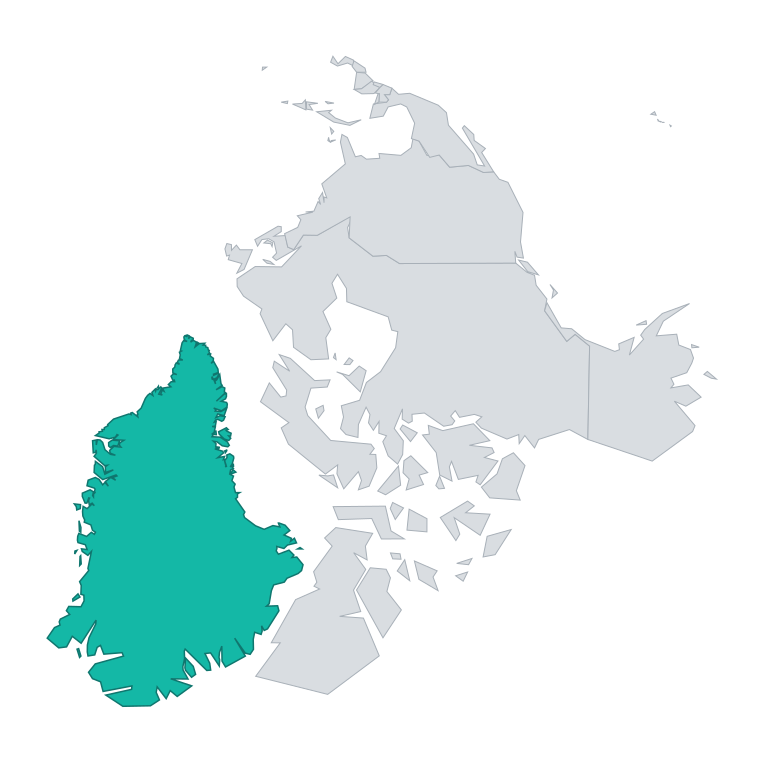 North America, with Greenland highlighted, rotated 181°
{"feature_id": "GRL", "entity_name": "Greenland", "entity_type": "country or territory", "adm_level": 0, "iso_a3": "GRL", "parent_name": "North America", "parent_adm1": "", "projection": "mercator", "projection_center": [-41.68, 71.708], "detail": "fine", "context": "in_parent", "style": "filled", "palette": "teal", "viewbox_px": 768, "rotation_deg": 181, "n_neighbors": 17, "source": "natural_earth", "source_scale": "50m", "svg_char_len": 14351}
<svg xmlns="http://www.w3.org/2000/svg" viewBox="0 0 768 768"><g transform="rotate(181 384 384)"><path d="M254.4,507.2L242.9,498.1L235.4,495.4L233.6,485.4L222.6,471.8L224.7,460.0L202.0,429.8L193.8,437.0L179.1,425.5L179.2,332.1L197.8,341.7L228.4,331.3L232.4,322.7L242.3,334.9L247.8,326.7L248.4,335.8L260.1,331.1L285.9,341.6L291.5,347.4L285.6,352.9L293.1,355.2L307.9,352.0L312.3,358.6L316.8,353.1L312.6,348.3L315.2,344.5L323.6,342.8L343.1,355.7L355.5,354.2L355.1,347.3L358.8,345.3L365.2,349.2L365.1,359.5L373.0,339.7L363.7,327.6L364.1,313.8L369.0,304.2L378.6,312.2L384.2,326.3L380.6,332.3L388.3,334.7L388.3,346.5L393.8,337.5L398.8,344.9L397.5,353.2L401.5,360.5L408.9,343.0L409.1,330.1L421.1,332.8L426.7,338.6L423.9,350.3L426.3,361.5L408.1,367.3L401.6,385.2L387.6,396.3L373.0,420.5L371.1,436.6L377.2,438.0L381.0,451.2L422.6,465.6L423.2,478.9L432.4,492.9L437.8,483.8L432.7,469.1L446.3,455.4L438.1,437.8L443.0,429.3L439.8,408.1L457.5,407.0L475.1,419.1L476.4,436.6L483.2,442.5L495.9,425.3L509.1,452.1L507.4,456.9L526.0,469.4L532.5,478.9L532.8,486.6L514.8,499.2L488.4,499.3L468.9,520.7L493.9,505.7L497.6,508.8L493.7,513.0L496.4,524.2L501.8,527.2L508.6,526.3L512.8,519.5L515.7,526.1L492.7,539.9L489.5,539.5L489.4,534.6L496.6,529.8L485.3,530.7L482.6,519.2L476.6,516.8L467.2,531.5L453.3,531.5L421.9,550.5L419.0,548.8L423.1,539.8L421.4,529.5L397.3,511.6L383.7,512.6L370.6,504.7L254.4,507.2ZM415.4,406.9L418.5,402.8L424.2,402.8L419.3,409.5L415.4,406.9ZM432.9,292.2L428.5,279.4L447.5,291.8L438.7,291.1L432.9,292.2ZM433.4,414.2L432.3,407.5L435.0,409.5L433.4,414.2ZM375.6,259.6L373.3,265.7L362.3,260.4L370.4,248.7L375.6,259.6ZM374.6,215.2L365.0,214.5L363.9,209.1L372.2,209.3L374.6,215.2ZM354.8,187.7L367.5,197.3L360.2,208.7L354.8,187.7ZM432.7,260.5L380.5,261.9L374.4,237.2L361.0,229.5L383.9,229.0L393.9,249.3L427.3,247.6L432.7,260.5ZM296.3,204.8L308.2,205.9L293.0,211.1L296.3,204.8ZM301.4,188.2L309.0,193.5L297.1,197.5L301.4,188.2ZM533.1,492.2L528.2,502.0L541.9,505.6L540.7,510.2L543.6,509.2L545.4,516.3L543.6,521.7L539.0,520.7L538.8,515.0L534.0,520.3L530.4,515.7L517.9,515.9L525.9,496.1L533.1,492.2ZM407.6,375.7L425.6,392.9L431.6,395.3L419.1,391.7L409.1,401.5L402.1,397.0L407.6,375.7ZM428.9,302.3L441.0,292.9L478.5,322.2L486.0,338.3L478.4,343.7L507.2,364.1L498.7,383.1L487.0,369.1L481.7,370.4L481.2,376.2L495.5,398.4L494.1,404.9L478.5,395.1L489.3,411.6L478.1,408.0L453.4,386.2L438.0,387.2L440.7,380.0L457.0,378.6L462.5,359.6L459.7,351.1L436.3,326.6L396.0,323.6L392.6,319.3L396.9,313.5L391.0,313.4L389.7,300.0L397.1,281.6L407.8,277.7L404.8,287.1L408.1,295.9L422.4,278.5L429.5,293.4L428.9,302.3ZM365.6,283.1L380.5,273.3L388.4,276.9L368.1,302.3L365.6,283.1ZM254.3,240.7L269.9,215.3L281.9,212.8L278.2,233.5L254.3,240.7ZM212.1,478.0L217.5,473.0L216.2,480.9L219.8,486.4L212.1,478.0ZM326.3,178.3L345.7,189.3L350.5,207.6L327.6,198.1L331.6,191.9L326.3,178.3ZM251.6,510.3L242.7,508.3L231.5,495.8L242.3,498.9L251.6,510.3ZM245.8,270.3L276.3,272.0L284.8,282.6L269.4,296.1L264.3,311.3L253.4,317.5L241.6,304.9L249.8,279.6L245.8,270.3ZM309.4,228.7L325.4,251.5L298.4,268.4L291.6,263.7L300.2,256.7L275.7,255.7L285.2,234.4L311.5,251.6L305.6,235.2L309.4,228.7ZM314.3,288.1L326.7,294.0L330.6,316.3L344.6,333.7L337.8,334.6L339.0,343.4L324.4,338.4L293.9,345.8L277.2,329.2L297.6,324.2L274.9,322.0L272.7,317.4L282.3,312.3L268.7,309.0L286.1,284.9L290.4,287.7L288.3,294.3L308.0,289.9L315.1,307.8L317.2,302.3L314.3,288.1ZM347.3,293.5L342.7,284.2L360.0,278.4L357.2,289.5L363.4,295.6L362.7,307.7L355.9,312.7L338.7,296.2L347.3,293.5ZM321.7,280.7L327.3,280.1L330.4,283.4L326.8,292.8L321.7,280.7ZM338.5,236.9L358.5,238.3L356.7,259.3L338.7,250.1L338.5,236.9ZM362.7,158.4L380.6,130.2L407.9,177.5L394.5,200.0L378.6,198.8L374.2,190.3L377.5,176.6L362.7,158.4ZM384.0,112.1L434.9,72.7L507.2,89.5L483.2,123.4L492.2,123.3L468.6,166.9L444.8,177.9L450.5,180.6L447.7,184.6L451.1,195.1L433.0,221.0L440.7,229.0L429.7,239.6L392.7,234.5L399.8,221.6L397.8,207.8L411.4,214.8L399.0,198.3L410.9,177.4L403.3,156.1L424.3,150.9L400.5,149.6L384.0,112.1ZM451.8,357.9L444.5,361.6L443.5,356.3L449.0,348.6L451.8,357.9ZM356.5,326.9L367.1,339.3L364.6,343.3L349.9,335.8L356.5,326.9ZM496.2,501.6L503.1,502.7L507.4,506.5L500.0,504.6L496.2,501.6ZM498.3,519.4L499.7,522.3L506.6,522.9L503.0,525.8L497.7,523.2L498.3,519.4Z" fill="#d9dde1" stroke="#a8b0b8" stroke-width="1"/><path d="M254.4,507.2L370.6,504.7L383.7,512.6L397.3,511.6L421.4,529.5L420.8,550.5L453.3,531.5L467.2,531.5L476.6,516.8L482.6,519.2L486.0,532.6L473.0,539.1L470.0,546.8L473.6,550.7L458.1,554.6L465.4,554.6L457.1,555.6L453.1,565.3L450.5,562.4L452.5,568.2L448.8,574.4L447.1,564.2L447.2,569.9L444.5,569.1L449.7,583.0L426.5,603.4L431.8,625.1L430.4,632.8L424.9,629.8L416.6,610.7L410.8,612.1L405.5,608.5L392.2,609.6L393.0,614.4L371.1,612.9L360.9,620.7L359.3,629.9L353.2,627.5L345.1,613.3L332.8,613.9L322.1,601.9L303.4,604.0L288.1,597.2L278.1,598.1L272.3,590.7L263.6,587.8L248.0,558.0L250.0,528.4L246.8,512.3L253.2,513.2L255.5,519.0L254.4,507.2ZM179.2,332.1L179.1,425.5L193.8,437.0L202.0,429.8L224.7,460.0L222.5,468.1L207.8,443.2L197.3,442.5L183.8,431.9L153.8,420.6L149.2,422.4L150.0,428.2L134.7,435.0L139.2,417.2L125.2,433.4L128.2,437.3L124.3,443.0L106.9,459.4L79.9,469.8L105.8,451.7L112.6,436.9L92.2,438.9L89.9,428.1L78.2,423.8L75.0,415.3L76.6,410.3L81.5,400.6L97.2,394.9L94.1,388.8L97.1,385.1L79.8,388.4L66.7,376.4L81.8,367.1L93.4,371.9L72.3,347.8L74.6,341.9L114.5,311.6L179.2,332.1ZM51.7,394.7L56.9,395.5L64.3,399.2L60.9,402.2L51.7,394.7ZM116.6,657.5L121.9,658.4L118.2,661.0L116.6,657.5ZM114.4,651.7L115.2,653.7L114.0,652.1L114.4,651.7ZM111.8,650.8L113.7,651.5L111.5,651.3L111.8,650.8ZM108.1,650.4L110.1,650.4L109.9,650.6L108.1,650.4ZM102.0,646.3L102.6,647.8L101.2,647.0L102.0,646.3ZM69.5,426.3L76.8,425.6L77.2,428.8L69.5,426.3ZM122.5,448.3L132.9,447.3L123.1,451.9L122.5,448.3Z" fill="#d9dde1" stroke="#a8b0b8" stroke-width="1"/><path d="M466.4,657.5L466.4,664.8L455.0,663.5L463.8,662.1L460.2,656.6L466.4,657.5Z" fill="#d9dde1" stroke="#a8b0b8" stroke-width="1"/><path d="M467.6,666.7L466.9,656.7L480.4,662.3L470.7,663.1L467.6,666.7Z" fill="#d9dde1" stroke="#a8b0b8" stroke-width="1"/><path d="M436.5,627.2L440.9,625.3L441.0,626.5L436.5,627.2ZM441.2,624.4L444.4,626.4L443.7,629.7L443.0,626.7L441.2,624.4ZM438.6,635.7L440.7,633.0L442.2,639.4L438.6,635.7Z" fill="#d9dde1" stroke="#a8b0b8" stroke-width="1"/><path d="M278.1,598.1L288.1,597.2L303.4,604.0L322.1,601.9L332.8,613.9L342.2,611.4L353.2,627.5L360.9,629.8L357.9,645.3L366.1,661.4L372.2,664.3L384.7,661.1L389.4,651.8L402.8,649.4L399.5,663.8L386.4,665.8L384.5,668.2L388.6,673.3L383.3,673.4L381.3,679.9L374.5,673.9L363.4,675.1L334.6,663.7L326.3,656.4L324.1,643.9L298.4,615.4L294.6,604.7L287.2,603.7L310.1,641.2L308.2,643.7L298.6,635.0L298.1,629.1L286.7,621.2L290.4,617.2L278.1,598.1Z" fill="#d9dde1" stroke="#a8b0b8" stroke-width="1"/><path d="M443.0,704.8L440.8,710.8L435.6,703.4L428.3,710.8L420.2,707.3L419.8,701.4L426.0,704.3L436.1,701.1L443.0,704.8Z" fill="#d9dde1" stroke="#a8b0b8" stroke-width="1"/><path d="M421.4,701.0L419.7,706.6L408.5,699.5L407.4,695.4L416.8,695.2L421.4,701.0Z" fill="#d9dde1" stroke="#a8b0b8" stroke-width="1"/><path d="M416.8,695.2L408.3,694.6L400.2,686.9L411.6,678.8L419.0,678.0L416.8,695.2Z" fill="#d9dde1" stroke="#a8b0b8" stroke-width="1"/><path d="M419.0,678.0L411.6,678.8L401.7,686.6L393.2,680.4L399.2,674.2L411.3,673.7L419.0,678.0Z" fill="#d9dde1" stroke="#a8b0b8" stroke-width="1"/><path d="M393.2,680.4L400.0,683.1L399.2,685.9L390.1,683.4L393.2,680.4Z" fill="#d9dde1" stroke="#a8b0b8" stroke-width="1"/><path d="M381.3,679.9L383.3,673.4L388.6,673.3L384.5,668.2L386.4,665.8L394.1,665.8L393.7,674.1L397.9,674.8L393.2,680.4L390.1,683.4L381.3,679.9Z" fill="#d9dde1" stroke="#a8b0b8" stroke-width="1"/><path d="M394.1,665.8L398.4,663.5L395.0,674.1L393.7,674.1L394.1,665.8Z" fill="#d9dde1" stroke="#a8b0b8" stroke-width="1"/><path d="M485.5,662.7L491.7,664.0L485.1,665.2L485.5,662.7Z" fill="#d9dde1" stroke="#a8b0b8" stroke-width="1"/><path d="M438.9,664.0L444.9,663.2L447.8,665.5L438.9,664.0Z" fill="#d9dde1" stroke="#a8b0b8" stroke-width="1"/><path d="M422.6,642.0L438.8,645.0L456.1,655.0L441.3,656.8L444.1,654.4L437.3,649.1L424.6,644.5L411.4,647.8L422.6,642.0Z" fill="#d9dde1" stroke="#a8b0b8" stroke-width="1"/><path d="M506.8,698.8L511.2,695.6L511.0,698.7L506.8,698.8Z" fill="#d9dde1" stroke="#a8b0b8" stroke-width="1"/><path d="M639.5,57.2L656.7,68.1L631.0,74.3L630.8,77.7L659.5,71.7L662.2,81.3L670.3,84.3L674.4,90.6L667.8,99.1L639.7,107.4L641.2,110.8L659.4,109.0L662.9,117.7L666.2,115.7L668.5,108.1L675.2,106.9L676.0,110.9L676.0,117.9L674.5,125.2L668.0,139.0L667.8,142.9L682.3,119.5L691.3,126.3L696.8,115.6L704.6,114.5L716.3,124.0L709.2,134.7L703.7,137.3L704.6,140.5L703.5,143.3L694.2,148.1L697.6,151.8L695.3,156.1L683.1,156.0L680.1,161.9L680.4,167.6L683.4,168.5L683.2,177.3L684.9,181.1L676.0,192.3L676.8,194.5L673.6,211.5L677.1,207.5L682.8,211.3L683.6,213.9L677.9,213.3L679.8,218.1L687.2,220.1L687.8,222.5L687.6,226.4L686.5,229.3L678.7,226.4L674.0,230.6L671.0,228.7L669.9,230.8L672.9,232.7L674.6,238.0L681.3,240.6L680.9,242.8L682.8,246.8L683.2,251.2L682.7,256.4L678.7,254.2L673.9,258.9L671.5,257.3L673.7,259.8L676.6,258.1L677.4,262.4L676.4,264.8L677.2,265.0L679.0,259.7L680.8,259.7L683.7,266.4L683.7,269.6L676.0,273.1L672.6,271.1L673.4,267.4L672.5,266.1L672.5,268.9L671.0,270.4L671.6,271.7L671.0,273.8L671.9,274.9L679.2,277.1L678.1,282.7L671.0,285.5L667.3,283.7L663.5,278.3L661.3,280.7L657.8,277.0L660.9,281.6L655.6,285.8L650.6,283.1L653.6,285.8L649.4,287.4L650.3,288.4L663.6,283.5L672.3,290.5L672.1,297.8L671.3,298.5L671.2,301.6L663.9,296.4L661.5,288.9L653.1,293.4L660.8,290.8L661.2,296.3L659.2,297.9L661.8,297.5L672.6,306.6L670.3,309.8L670.4,311.3L670.7,313.1L671.2,310.7L673.5,310.1L674.4,322.2L670.8,323.0L670.6,318.0L669.6,323.3L666.9,323.1L664.3,320.7L661.8,313.4L656.3,308.9L651.3,308.1L656.5,310.1L657.2,312.8L652.9,316.9L645.9,316.3L647.6,318.3L647.0,320.6L643.1,323.2L653.7,323.8L649.1,328.3L650.1,328.8L651.6,326.2L657.8,324.4L671.6,327.4L667.9,330.1L668.1,331.2L664.7,331.8L665.2,333.6L662.9,333.6L662.9,335.4L659.2,337.5L659.6,338.6L653.8,344.2L638.5,349.6L636.3,349.0L636.7,350.5L635.2,351.1L629.6,346.9L630.2,349.0L629.5,349.5L630.3,351.9L626.4,355.6L622.3,365.5L620.1,368.6L617.8,370.5L614.9,368.5L615.9,371.6L612.8,374.8L612.2,373.0L611.6,375.2L610.0,374.4L607.1,377.2L606.1,376.0L609.1,369.9L605.5,369.1L607.1,370.4L605.5,374.0L603.9,373.0L605.3,376.0L597.1,377.5L599.6,379.7L596.8,382.6L593.3,382.7L593.8,384.3L595.1,383.9L597.1,388.1L594.6,390.6L591.3,389.8L595.3,391.4L595.5,395.3L593.5,397.2L593.2,399.5L592.1,401.4L588.8,400.1L591.0,402.2L589.9,404.4L585.6,404.5L588.9,405.9L588.2,409.6L589.1,412.2L587.1,413.4L588.2,413.7L586.6,421.6L585.2,423.7L581.6,423.1L584.5,424.8L584.9,427.5L584.1,428.7L581.4,427.8L582.7,429.2L581.6,429.6L579.5,428.7L580.3,425.8L578.7,427.9L575.5,426.4L575.6,424.9L577.2,424.2L578.1,422.5L575.5,424.3L572.7,422.9L572.4,421.5L573.5,417.8L569.3,421.2L563.9,421.6L565.6,419.7L563.0,419.6L562.9,418.0L560.8,417.3L560.3,415.1L559.3,414.5L559.7,413.7L558.9,411.9L561.2,410.2L557.9,411.0L558.2,408.9L555.0,406.7L555.1,404.5L557.2,401.6L554.7,403.6L550.3,396.0L549.9,392.6L555.3,390.6L554.3,390.7L554.5,389.7L550.0,391.8L549.3,390.7L551.3,387.3L553.5,386.2L554.9,386.1L556.3,388.4L555.9,385.9L554.2,385.3L552.4,381.1L553.4,385.0L551.3,386.7L551.6,385.1L551.2,385.4L548.4,390.6L547.0,381.5L545.8,379.8L551.8,375.3L545.8,378.5L543.1,377.2L543.5,373.3L542.3,372.6L551.3,363.9L543.8,371.0L541.4,371.5L541.3,368.8L542.2,366.4L546.5,363.9L541.1,362.8L540.3,361.2L540.6,358.2L545.9,354.4L553.8,357.0L551.5,355.2L552.3,354.0L546.6,353.6L540.9,356.8L543.3,349.5L549.7,351.2L551.5,347.5L547.2,349.4L542.3,348.5L543.8,345.0L545.6,343.9L549.6,345.8L551.7,345.1L553.0,342.9L551.2,343.5L551.9,339.0L555.1,338.5L551.9,338.1L553.0,332.7L554.9,331.1L554.3,329.4L555.0,328.3L547.0,328.0L539.7,323.5L537.6,320.0L539.1,318.5L544.7,319.4L550.0,323.3L553.5,323.8L550.9,321.4L551.2,318.1L549.0,316.1L552.1,316.2L543.9,313.9L543.4,312.2L549.0,307.4L542.1,308.8L543.3,305.7L542.5,306.0L540.6,299.2L541.2,298.3L540.1,298.9L542.0,304.6L539.7,307.7L539.9,310.3L536.9,311.5L533.2,309.1L532.9,307.3L534.3,301.7L536.3,298.4L533.2,300.8L533.0,299.1L534.4,298.4L533.1,297.0L535.9,295.4L536.7,291.2L532.9,289.3L534.4,284.7L531.1,281.3L532.2,278.4L530.6,272.8L526.4,272.9L528.6,271.5L528.5,268.2L530.4,266.7L520.9,253.6L522.2,251.0L521.1,248.0L510.0,240.0L501.3,236.6L492.6,240.5L485.6,239.3L487.2,243.1L486.6,243.2L480.4,241.1L475.6,235.8L481.3,231.3L473.9,228.1L474.7,225.1L470.9,228.2L468.7,223.6L477.7,221.3L481.2,217.8L488.4,219.7L488.2,217.6L488.9,215.3L486.6,212.0L476.1,216.2L471.1,211.4L473.0,208.9L468.2,209.5L461.8,201.9L463.2,196.0L466.6,193.0L477.6,188.1L480.2,184.2L490.8,181.2L493.0,175.3L495.0,162.2L497.6,159.8L486.5,160.4L485.1,155.4L496.2,137.1L499.5,135.5L502.2,140.1L501.5,134.9L502.5,131.5L509.0,133.5L510.3,126.3L509.9,116.4L513.1,111.4L517.9,112.4L528.9,127.3L517.9,109.5L537.5,98.3L541.1,104.1L541.6,119.1L543.8,112.8L544.2,107.8L543.5,105.4L543.8,99.2L552.7,112.1L558.3,111.4L553.4,101.8L552.3,94.9L556.2,94.5L578.2,115.5L579.0,113.5L578.6,105.9L580.2,97.8L579.9,94.5L574.8,85.6L592.1,85.5L571.0,78.8L585.3,68.0L592.4,73.7L596.3,65.6L605.5,77.2L606.4,71.7L603.0,64.2L611.9,58.2L639.5,57.2ZM542.7,326.2L547.9,331.0L548.5,333.4L540.8,337.5L539.0,335.8L541.2,335.1L540.5,334.2L536.0,332.1L536.5,329.3L538.4,329.4L536.3,327.1L538.2,324.8L542.7,326.2ZM658.2,317.2L658.3,320.6L654.9,323.1L647.4,322.7L649.1,317.3L653.3,317.8L656.6,315.7L658.2,317.2ZM577.6,106.5L569.8,98.4L567.3,90.4L571.3,87.4L577.4,94.2L578.1,96.7L577.6,106.5ZM691.5,163.6L686.3,168.8L684.3,165.7L691.2,161.5L691.5,163.6ZM689.0,252.7L689.5,256.0L691.5,258.7L685.3,258.1L685.5,254.1L689.0,252.7ZM686.6,242.0L684.5,235.2L684.6,230.5L686.0,231.5L686.6,242.0ZM535.6,292.3L533.3,295.5L530.6,293.3L534.8,291.6L535.6,292.3ZM686.3,113.5L684.7,114.1L682.3,106.7L683.6,105.3L686.3,113.5ZM552.2,334.0L551.2,334.0L550.8,330.4L553.5,330.5L552.2,334.0ZM684.9,206.3L684.3,207.0L683.6,198.8L685.1,197.2L684.9,206.3ZM467.5,217.6L465.1,219.0L463.1,217.7L467.5,217.6ZM542.1,314.3L540.2,315.2L540.0,314.6L541.5,312.4L542.1,314.3ZM690.1,211.6L688.1,212.3L690.3,208.6L690.1,211.6ZM572.1,420.1L571.4,422.5L569.7,421.5L572.1,420.1ZM549.4,318.1L547.6,317.9L547.5,317.5L548.2,316.5L549.4,318.1ZM610.4,376.5L609.5,377.8L609.3,376.1L610.4,376.5Z" fill="#14b8a6" stroke="#0f766e" stroke-width="1.5"/></g></svg>